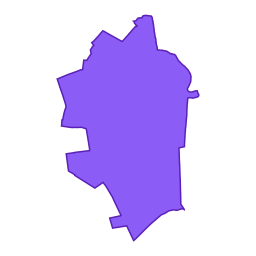 outline of Comana, Giurgiu, Romania
{"feature_id": "2599482B75147928047629", "entity_name": "Comana", "entity_type": "district", "adm_level": 2, "iso_a3": "ROU", "parent_name": "Romania", "parent_adm1": "Giurgiu", "projection": "natural_earth1", "projection_center": [26.155, 44.161], "detail": "fine", "context": "isolated", "style": "filled", "palette": "violet", "viewbox_px": 256, "rotation_deg": 0, "n_neighbors": 0, "source": "geoboundaries", "source_scale": "gbopen_adm2", "svg_char_len": 5350}
<svg xmlns="http://www.w3.org/2000/svg" viewBox="0 0 256 256"><path d="M133.7,240.6L136.2,238.3L137.4,237.1L139.5,235.0L140.3,234.2L145.0,229.5L146.7,227.8L150.1,224.5L152.6,222.3L153.2,221.8L157.5,218.1L158.3,217.4L158.9,216.9L161.0,215.1L161.5,214.8L162.3,214.4L164.3,213.6L164.8,213.4L166.4,212.4L168.2,211.2L168.5,211.0L168.9,210.9L169.0,210.8L170.1,210.6L173.4,209.9L174.0,209.8L174.5,209.9L174.7,210.0L176.0,210.3L176.4,210.3L176.5,210.3L177.0,210.3L177.3,210.2L180.1,209.3L181.5,208.9L181.9,208.9L182.1,208.9L182.7,208.9L183.1,208.9L184.2,209.6L184.2,209.4L184.1,209.2L183.3,208.0L182.6,206.9L181.1,204.5L180.8,204.0L180.7,198.1L180.6,194.0L180.5,191.4L180.4,186.2L180.3,182.1L180.2,179.9L180.2,179.1L180.1,177.8L180.0,174.9L179.9,172.2L179.7,166.5L179.6,163.8L179.4,160.9L179.0,149.0L178.9,148.0L182.0,147.2L184.4,146.7L184.6,142.6L184.8,139.2L185.0,136.1L185.0,135.2L185.1,133.3L185.2,131.8L185.3,131.7L185.4,131.2L185.4,129.7L185.5,127.9L185.6,127.5L185.9,125.6L186.0,123.5L186.3,119.9L186.3,119.5L186.5,118.9L186.4,118.6L186.4,118.2L186.4,117.9L186.5,117.6L186.7,116.5L186.7,116.2L186.7,115.6L186.7,115.4L186.8,115.2L186.8,114.6L186.8,113.8L186.9,113.2L186.8,112.1L186.9,111.8L186.9,111.6L186.8,111.4L186.8,110.7L186.8,110.0L186.9,109.9L186.9,109.5L187.0,109.0L187.0,107.4L187.1,106.4L187.1,106.0L187.2,105.5L187.2,105.3L187.1,105.2L187.1,104.5L187.2,103.8L187.3,103.6L187.4,103.2L187.4,102.9L187.4,102.7L187.4,101.9L187.5,101.5L187.5,101.3L187.6,101.0L187.6,100.8L187.7,99.7L187.6,99.4L187.6,98.8L187.6,98.5L187.6,98.4L187.6,98.2L188.6,97.9L189.3,97.8L189.9,97.7L190.4,97.7L190.8,97.8L191.8,98.0L192.5,98.1L192.9,98.1L193.6,98.0L194.7,97.7L196.5,97.2L197.4,97.0L197.9,96.7L198.5,96.1L198.6,95.9L198.8,95.4L198.8,94.9L198.7,94.5L197.7,92.5L197.5,92.0L197.3,90.8L196.1,90.8L194.6,91.1L191.6,92.1L191.2,92.1L190.1,92.0L188.7,91.5L188.3,91.1L187.6,90.3L187.4,88.7L188.9,85.9L190.6,82.0L190.7,81.5L191.0,77.2L191.0,76.4L190.3,73.8L189.7,72.8L187.9,69.7L187.0,68.9L184.7,66.4L183.0,65.1L180.9,63.1L180.1,62.2L179.9,61.9L179.6,61.7L179.2,61.4L179.0,61.1L178.8,60.8L178.5,60.4L178.1,60.1L178.0,59.9L177.8,59.4L177.7,59.3L177.5,58.9L177.4,58.5L177.2,58.3L177.1,58.1L177.0,57.9L176.8,57.7L176.7,57.5L176.5,57.3L176.4,57.0L176.4,56.8L176.3,56.6L176.2,56.5L176.1,56.2L175.9,55.9L175.6,55.5L175.4,55.2L175.2,55.1L174.9,54.8L174.8,54.7L174.7,54.6L174.4,54.4L174.0,54.3L173.8,54.4L173.6,54.4L173.4,54.4L173.0,54.3L172.8,54.2L172.5,54.1L172.3,54.0L172.2,54.0L172.2,53.9L171.8,53.9L171.5,53.8L171.4,53.8L171.0,53.6L170.7,53.6L170.5,53.4L170.2,53.4L169.9,53.3L169.7,53.2L168.3,52.2L167.2,51.5L166.6,51.1L166.4,51.1L165.5,51.0L162.9,50.4L162.4,50.3L162.0,50.2L161.4,50.2L160.6,50.2L160.0,50.1L158.5,50.0L157.5,50.0L157.2,48.4L157.2,48.2L157.2,47.6L157.1,47.1L156.9,46.1L156.7,45.5L156.2,43.8L156.2,43.3L156.0,43.0L156.2,42.5L156.1,42.3L156.1,42.0L155.8,40.0L155.8,39.2L155.7,38.8L155.7,38.4L155.5,37.9L155.4,37.6L155.3,37.4L155.3,37.2L155.2,36.9L155.0,35.9L154.9,35.3L154.8,34.6L154.7,33.4L154.5,32.7L154.4,32.5L154.3,31.5L154.2,31.2L154.1,29.6L154.0,28.8L153.8,27.4L153.6,26.5L153.6,26.2L153.6,25.6L153.5,24.6L153.1,22.9L152.9,21.1L152.7,21.1L152.1,17.2L151.5,16.7L151.3,16.3L151.3,16.1L146.9,15.5L145.0,15.4L143.0,15.9L142.5,16.4L142.3,16.7L142.3,17.1L142.4,17.4L142.1,17.6L141.8,17.7L141.1,17.9L140.6,17.9L140.2,17.9L139.2,17.9L138.8,17.9L138.5,18.0L138.1,18.2L137.8,18.4L137.6,18.5L137.4,18.8L137.2,19.0L136.9,19.5L136.7,19.8L136.5,20.1L136.3,20.3L136.0,20.5L135.5,20.7L135.2,20.8L134.5,21.1L134.3,21.1L133.7,21.2L134.0,21.4L134.5,23.2L136.3,25.3L136.6,25.6L137.1,26.2L137.5,26.7L137.3,26.6L136.8,26.5L136.1,26.4L135.7,26.4L135.4,26.6L133.1,29.1L132.1,30.2L131.3,31.2L130.9,31.7L128.6,34.2L128.7,34.3L128.4,34.5L128.1,35.0L126.0,37.3L122.2,41.5L119.2,39.9L116.0,38.1L110.2,34.9L106.9,33.0L104.2,31.4L103.6,31.2L102.8,30.8L102.6,31.0L102.1,31.6L101.4,32.5L100.9,32.9L100.1,33.9L100.1,34.1L97.5,36.9L95.8,38.8L94.6,40.1L94.3,40.4L94.1,40.7L94.1,40.9L93.9,41.0L93.7,41.1L92.8,41.8L91.7,42.7L93.0,44.3L93.8,45.4L93.1,46.0L92.5,46.4L91.7,48.1L90.7,49.4L90.4,49.8L90.7,51.5L90.8,52.0L90.9,52.7L90.9,52.9L91.2,53.4L91.3,53.5L91.2,53.7L89.8,55.7L87.9,58.5L87.2,59.6L87.0,60.0L86.8,60.4L83.8,60.1L82.6,69.6L81.3,69.7L80.7,69.8L79.0,70.5L77.1,71.3L68.4,74.4L57.2,79.0L57.5,79.9L59.0,84.3L59.8,86.9L60.6,89.1L62.6,94.9L64.5,100.9L64.9,102.0L65.4,103.8L65.9,105.7L66.0,106.4L65.9,107.4L65.0,109.7L63.8,114.1L62.7,119.9L62.0,119.9L61.9,121.1L61.8,122.1L61.7,122.8L61.7,123.3L61.8,123.8L61.7,124.3L61.6,124.9L61.5,126.0L67.1,126.9L68.5,127.1L69.3,127.2L69.5,127.3L72.2,127.5L72.8,127.5L75.4,127.4L75.8,127.4L76.3,127.4L76.7,127.5L81.6,127.3L82.6,127.7L84.8,128.3L85.2,128.5L85.8,128.6L86.0,128.6L86.2,129.2L86.5,130.1L86.6,130.5L86.6,130.8L87.3,135.0L87.8,138.0L89.6,149.2L89.6,149.8L89.6,150.3L89.6,150.6L82.3,151.5L81.6,151.6L74.8,152.4L74.8,152.6L66.2,153.8L68.5,171.0L74.8,174.7L74.8,175.4L77.1,176.9L78.2,177.6L80.6,179.1L85.7,182.3L94.9,188.1L96.4,187.0L99.3,185.0L100.8,184.0L103.0,182.4L104.2,184.0L105.1,185.1L105.6,185.7L105.9,186.1L107.8,189.3L109.0,191.3L109.6,192.3L109.9,192.9L110.3,193.5L110.7,194.2L112.2,196.6L114.9,202.5L117.6,208.2L121.1,215.5L120.9,215.7L109.7,218.1L112.6,228.1L126.7,225.9L126.7,226.0L126.8,226.0L127.1,226.7L130.9,234.7L132.6,238.3L132.9,239.0L133.6,240.5L133.7,240.6Z" fill="#8b5cf6" stroke="#5b21b6" stroke-width="1.5"/></svg>